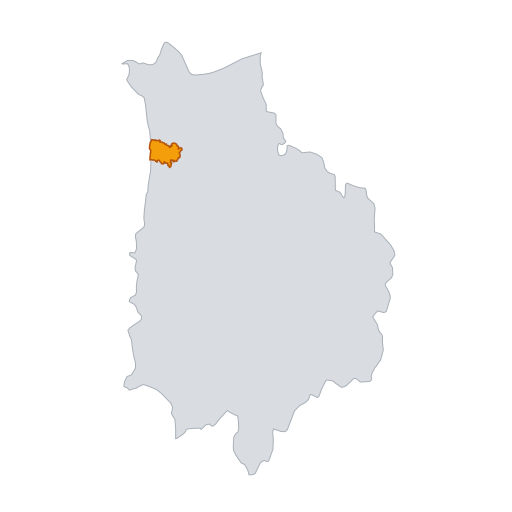 location of Ivanava, Brest, Belarus, rotated 87°
{"feature_id": "67162791B27498157405440", "entity_name": "Ivanava", "entity_type": "district", "adm_level": 2, "iso_a3": "BLR", "parent_name": "Belarus", "parent_adm1": "Brest", "projection": "equal_earth", "projection_center": [25.563, 52.191], "detail": "fine", "context": "in_parent", "style": "filled", "palette": "amber", "viewbox_px": 512, "rotation_deg": 87, "n_neighbors": 0, "source": "geoboundaries", "source_scale": "gbopen_adm2", "svg_char_len": 7633}
<svg xmlns="http://www.w3.org/2000/svg" viewBox="0 0 512 512"><g transform="rotate(87 256 256)"><path d="M434.2,345.8L425.4,345.3L414.9,345.5L409.1,348.7L402.7,347.2L398.2,349.0L388.1,357.8L384.1,362.5L380.5,369.8L378.4,375.2L379.8,379.0L381.8,382.6L382.4,386.4L383.4,389.4L380.9,391.5L379.5,394.7L375.1,394.1L369.6,391.1L368.3,386.8L364.1,383.7L361.3,382.2L356.8,381.9L349.6,383.3L340.2,384.4L333.1,384.7L329.3,386.3L323.6,387.8L321.4,386.0L318.1,381.0L315.3,376.1L313.5,374.0L311.9,373.4L310.0,373.5L307.8,375.1L306.2,376.7L300.3,378.5L297.8,380.3L295.0,384.8L293.1,384.5L291.1,383.4L288.7,378.4L285.6,377.2L280.6,377.1L274.4,376.1L269.4,374.6L267.5,374.9L264.6,377.1L261.4,377.4L254.3,375.5L252.9,376.3L248.9,381.9L247.0,382.2L245.9,381.5L246.5,376.6L242.4,374.9L235.4,374.7L230.6,375.4L228.2,375.2L227.0,374.2L221.0,366.1L217.8,365.6L212.2,366.0L203.9,365.0L194.3,363.2L189.0,362.5L186.3,360.7L180.4,360.1L164.6,356.7L158.1,356.1L148.6,356.0L134.1,355.3L124.8,355.7L120.5,356.8L115.6,357.5L98.4,358.5L92.2,359.4L90.4,361.1L88.4,364.8L81.2,371.2L74.3,375.5L73.0,375.9L69.0,373.6L65.7,372.8L61.7,372.6L58.9,373.3L57.2,374.4L57.3,379.4L56.9,379.8L54.0,373.9L54.3,368.6L56.0,365.5L58.1,362.8L57.3,358.7L59.4,353.2L59.5,349.3L58.6,347.6L57.0,345.6L52.6,343.5L50.6,341.8L44.6,339.5L38.7,336.7L37.7,335.0L38.0,333.8L39.1,332.0L43.7,326.8L48.8,321.7L51.9,319.6L68.8,313.1L71.4,310.8L72.1,307.0L71.9,299.3L71.0,292.2L69.8,287.4L66.7,278.3L58.3,259.5L53.3,240.2L56.7,241.3L64.6,241.7L71.0,240.4L74.2,240.2L77.1,240.6L85.5,239.6L87.5,241.3L91.2,242.8L98.5,240.6L105.0,237.9L111.7,238.2L112.6,236.9L114.3,230.0L116.3,228.6L124.3,229.2L127.3,228.0L130.4,224.7L135.1,222.6L139.1,222.6L143.2,220.2L145.2,221.8L146.2,224.6L144.8,226.9L145.4,227.7L148.3,228.9L153.1,228.8L156.2,227.9L157.0,226.6L157.0,224.3L156.2,222.1L154.1,220.2L150.2,219.3L147.6,219.2L147.1,218.0L148.0,215.5L150.4,210.8L153.3,206.6L155.1,205.0L155.4,203.5L155.1,200.9L155.0,196.4L157.6,189.9L161.2,185.1L165.9,183.5L171.7,182.7L175.4,180.4L177.2,177.8L178.7,173.7L180.6,172.8L194.5,173.3L196.6,169.2L197.8,168.1L200.4,166.9L202.3,165.4L201.6,164.3L198.0,163.6L189.7,162.9L188.0,161.6L188.5,159.9L190.7,155.7L192.8,150.3L193.8,146.1L193.9,143.6L195.1,142.9L201.9,142.1L204.1,141.3L209.9,135.6L214.4,134.6L225.8,136.1L231.1,136.0L237.8,136.4L238.4,135.8L240.6,130.2L251.8,121.1L257.8,118.0L261.6,117.3L263.0,117.5L269.1,122.2L270.6,122.4L274.6,120.4L281.6,120.3L284.9,121.9L289.6,127.8L292.1,128.5L298.8,125.2L302.5,124.1L305.0,124.1L318.0,128.7L318.9,130.1L319.1,131.8L317.2,137.2L320.0,140.4L323.2,142.6L329.7,139.0L332.1,138.0L334.7,137.9L338.3,136.6L340.8,134.5L343.2,133.8L348.0,134.3L356.5,133.8L366.5,137.0L367.4,138.0L372.5,141.8L374.4,143.7L376.0,144.3L378.8,146.1L382.3,147.3L384.8,146.9L386.0,147.5L387.2,149.0L387.3,151.4L387.3,158.5L383.8,162.2L383.4,163.5L383.6,165.1L386.6,168.2L390.4,172.9L391.4,175.7L391.5,177.8L386.7,183.9L385.1,185.3L384.1,188.4L383.6,191.4L384.0,192.7L392.6,197.6L398.9,200.2L400.3,201.5L400.5,202.3L397.4,207.6L397.1,209.0L402.2,211.2L405.1,214.7L407.7,220.3L412.7,225.7L430.7,233.6L432.3,235.0L432.9,236.7L432.5,240.4L429.6,247.5L432.6,248.6L440.4,248.3L449.9,249.2L461.6,254.2L461.7,256.4L460.6,258.5L461.5,260.7L462.8,262.5L473.0,268.1L474.0,269.8L474.3,272.5L474.1,274.5L471.4,274.9L468.4,275.9L463.6,278.3L461.8,281.7L454.0,286.4L449.1,288.6L445.1,288.7L435.7,287.7L432.3,285.4L430.8,283.2L427.1,282.3L422.3,282.2L415.7,282.5L414.4,283.2L413.4,285.8L410.7,290.3L408.8,292.8L417.6,301.7L422.0,305.4L423.5,307.6L423.5,309.2L421.5,311.1L422.0,314.9L426.3,319.9L425.0,320.7L424.8,326.9L425.1,333.5L426.3,335.1L428.6,336.4L430.5,338.8L433.9,344.3L434.2,345.8Z" fill="#d9dde1" stroke="#a8b0b8" stroke-width="1"/><path d="M153.9,327.5L153.7,327.4L153.4,327.1L153.3,326.9L153.2,326.7L152.7,326.7L152.3,326.7L151.9,326.6L151.4,326.5L150.9,326.6L150.6,326.7L150.1,326.8L149.7,326.9L149.3,327.1L148.8,327.2L148.6,327.2L148.6,326.9L148.5,326.6L148.1,326.4L147.7,326.1L147.1,325.8L146.8,325.4L146.6,325.0L146.5,324.7L146.2,324.4L145.9,324.3L145.1,324.4L144.8,324.4L144.7,324.5L144.2,324.8L144.1,325.0L144.1,325.4L144.2,325.9L144.2,326.3L144.4,326.6L144.4,327.2L144.6,327.5L144.8,327.6L145.1,327.7L145.1,327.9L144.6,328.0L144.3,328.0L143.9,327.9L143.3,327.7L142.8,327.7L142.6,327.7L142.3,327.9L142.1,328.1L142.0,328.5L142.0,328.9L141.7,329.2L141.5,329.3L141.2,329.4L140.9,329.4L140.4,329.4L140.2,329.5L139.7,330.1L139.4,330.6L139.3,330.8L139.2,331.2L139.1,331.7L139.1,332.0L139.0,332.5L139.0,332.9L138.9,333.1L139.0,333.3L139.2,333.6L139.4,333.8L139.6,334.0L139.9,334.5L140.0,334.6L140.5,334.6L140.7,334.4L140.8,334.3L140.8,334.2L141.0,334.0L141.4,334.2L141.7,334.4L141.9,334.5L142.2,334.8L142.2,335.0L141.9,335.3L141.7,335.4L141.7,335.5L141.8,335.8L142.1,335.9L142.5,335.9L142.8,336.0L143.0,336.1L143.2,336.3L143.1,336.5L142.6,336.8L142.3,336.8L141.9,336.8L141.6,337.0L141.4,337.5L141.2,337.9L141.1,338.2L141.1,338.5L140.8,339.3L140.6,339.4L140.2,339.5L139.7,339.5L139.4,339.9L139.5,340.0L139.7,340.5L139.8,340.7L139.8,341.0L139.7,341.1L139.4,341.3L139.2,341.4L138.7,341.6L138.4,341.7L138.3,341.9L138.2,342.1L138.2,342.4L138.2,342.6L138.2,342.9L138.0,343.0L137.8,343.2L137.6,343.3L137.5,343.5L137.5,343.8L137.5,344.0L137.5,344.4L137.3,344.6L137.3,344.9L137.2,345.3L137.2,345.8L137.2,346.0L136.8,346.1L136.5,346.1L136.2,345.9L136.0,345.7L135.8,345.6L135.7,345.6L135.5,345.8L135.4,346.0L135.2,346.2L135.2,346.4L135.2,346.7L135.2,347.0L135.4,347.3L135.6,347.5L135.7,348.0L135.7,348.5L135.7,348.9L135.5,349.3L135.4,349.5L135.2,349.7L135.0,349.9L134.8,350.2L134.8,350.3L135.0,350.5L135.3,350.7L135.3,351.0L135.0,351.2L134.9,351.4L135.0,351.6L135.0,351.9L134.8,352.3L134.7,352.6L134.6,353.0L134.5,353.5L134.4,354.0L134.7,354.0L135.4,354.4L136.5,355.0L137.0,355.6L137.7,355.9L138.8,356.0L139.7,356.3L140.4,356.4L142.2,356.7L142.9,356.7L143.7,356.5L144.2,356.1L144.5,355.8L144.9,355.7L145.9,355.7L147.0,355.7L147.5,356.0L148.8,356.2L149.8,356.3L150.8,356.5L152.4,356.8L153.8,356.8L154.4,356.8L154.3,356.4L154.3,355.8L154.3,355.4L154.5,355.0L154.7,354.6L154.8,354.3L154.8,353.9L154.8,353.4L154.8,352.9L154.9,352.4L155.1,352.0L155.5,351.6L156.0,351.4L156.3,350.9L156.3,350.7L156.5,350.5L156.9,350.3L157.0,350.1L156.9,349.7L156.6,349.7L156.3,349.9L155.9,349.9L155.7,349.9L155.4,349.5L155.4,349.3L155.3,348.5L155.3,347.8L155.4,347.5L155.7,347.4L156.2,347.3L156.6,347.0L157.1,346.7L157.6,346.2L158.0,345.9L158.4,345.6L158.9,345.5L159.0,345.0L158.9,344.7L159.0,344.3L159.2,344.0L159.0,343.6L158.6,343.3L158.3,343.1L157.8,343.0L157.3,342.9L157.1,342.6L157.4,342.3L157.8,342.1L158.1,342.1L158.4,341.9L158.3,341.5L158.4,341.2L158.7,341.0L158.7,340.7L158.5,340.2L158.5,339.9L158.6,339.6L158.9,339.4L159.2,339.4L159.7,339.3L159.9,339.3L160.2,339.3L160.5,339.3L161.0,339.1L160.9,338.7L160.9,338.3L161.3,338.3L161.6,338.3L162.1,338.3L162.5,338.0L162.7,337.8L163.0,337.5L162.7,337.0L162.2,336.6L161.8,336.2L161.3,336.0L161.0,336.0L160.3,335.9L159.7,335.9L159.6,335.7L159.2,335.4L158.9,335.5L158.5,335.6L158.5,335.8L158.7,336.0L158.6,336.3L158.4,336.5L158.1,336.6L157.6,336.4L157.4,336.3L156.9,336.3L156.5,336.3L156.0,336.2L155.7,336.0L155.5,335.8L155.6,335.5L156.0,335.3L156.3,335.1L156.5,334.9L156.7,334.6L156.8,334.3L156.8,334.1L156.4,333.9L156.0,333.7L155.9,333.5L156.0,333.2L156.6,333.0L156.9,333.1L157.2,333.2L157.5,333.2L157.6,332.8L157.4,332.7L157.2,332.6L157.1,332.4L157.1,332.2L157.1,331.8L157.0,331.3L157.0,331.0L157.1,330.7L157.2,330.4L157.1,330.1L156.9,330.0L156.6,329.9L156.3,329.8L155.9,329.7L155.8,329.2L155.7,329.1L154.9,328.9L154.6,328.8L154.2,328.6L153.9,328.4L153.9,327.9L153.9,327.5Z" fill="#f59e0b" stroke="#b45309" stroke-width="1.5"/></g></svg>